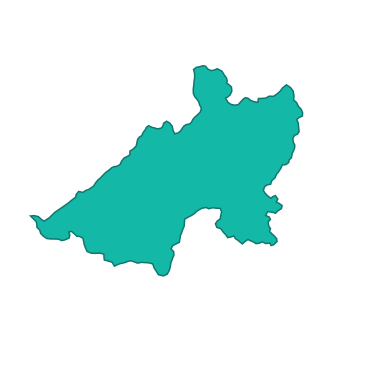 Itambé do Mato Dentro, Minas Gerais, Brazil (orthographic projection), rotated 320°
{"feature_id": "56859067B50923424143790", "entity_name": "Itambé do Mato Dentro", "entity_type": "district", "adm_level": 2, "iso_a3": "BRA", "parent_name": "Brazil", "parent_adm1": "Minas Gerais", "projection": "orthographic", "projection_center": [-43.352, -19.41], "detail": "fine", "context": "isolated", "style": "filled", "palette": "teal", "viewbox_px": 384, "rotation_deg": 320, "n_neighbors": 0, "source": "geoboundaries", "source_scale": "gbopen_adm2", "svg_char_len": 3629}
<svg xmlns="http://www.w3.org/2000/svg" viewBox="0 0 384 384"><g transform="rotate(320 192 192)"><path d="M325.4,204.8L327.8,202.2L328.8,198.8L328.6,194.9L329.6,190.6L329.0,186.8L331.8,184.1L334.4,179.7L334.6,175.3L333.2,170.6L328.2,170.5L323.8,171.5L319.9,171.5L315.9,171.1L312.7,168.2L308.9,167.5L306.2,165.6L303.0,163.1L300.0,165.6L297.4,162.5L295.9,159.7L295.2,156.3L293.5,154.0L290.5,153.8L287.4,154.2L283.5,154.8L280.5,152.9L278.2,150.0L277.2,146.5L278.1,141.5L280.7,142.2L283.7,142.1L287.4,140.3L289.7,136.9L289.3,133.7L288.6,130.9L290.6,129.3L291.7,126.6L291.9,123.2L292.6,118.7L290.6,113.8L287.1,112.8L284.6,111.2L283.1,107.9L283.3,104.5L281.8,102.4L278.9,101.2L275.7,99.4L272.0,99.1L270.3,102.6L268.1,105.5L265.1,108.2L262.3,111.0L258.9,114.2L256.3,117.5L255.4,120.7L255.4,124.5L255.1,127.3L253.9,129.9L252.9,134.0L249.6,136.1L245.5,136.4L241.9,136.5L239.1,137.0L236.4,138.3L233.7,138.3L230.9,136.6L228.1,136.3L225.4,137.0L222.3,137.9L219.3,137.8L216.2,136.3L217.0,132.9L219.1,128.9L219.2,124.7L218.0,121.4L214.4,121.1L212.2,122.8L209.4,123.3L206.1,121.4L204.4,118.7L202.8,116.6L201.4,113.3L198.4,113.2L196.1,114.3L192.8,115.0L189.8,116.5L187.1,116.1L184.4,116.6L181.5,118.8L178.8,120.9L174.0,121.3L170.8,120.7L168.3,123.6L165.4,123.2L162.0,122.3L158.1,123.0L154.5,124.7L150.9,124.0L148.5,122.4L146.1,121.8L143.5,121.9L140.6,121.7L137.9,121.6L134.6,121.9L131.3,122.3L128.0,122.3L124.1,123.0L120.5,124.2L117.1,123.9L114.2,123.6L111.9,122.6L108.2,122.2L105.5,118.7L101.5,119.5L99.6,121.3L97.0,121.0L93.2,120.9L90.2,121.0L87.3,120.7L82.9,120.3L78.5,119.9L74.3,119.4L69.9,119.7L66.3,120.0L63.7,119.7L60.0,119.3L59.0,116.3L58.5,112.1L55.8,108.5L52.9,106.6L53.3,111.1L53.6,114.6L52.4,116.9L50.5,119.5L50.9,123.1L49.4,126.5L49.8,130.6L51.0,134.5L54.0,137.5L57.0,140.1L59.5,142.4L60.9,145.4L63.2,146.7L65.6,147.5L68.2,148.3L70.7,146.5L71.9,143.4L74.4,144.8L75.0,148.3L75.3,151.8L77.6,154.2L78.7,157.5L77.1,160.4L75.5,163.3L74.4,166.6L73.4,170.2L75.5,174.1L78.4,176.8L81.2,178.8L83.1,180.7L84.4,183.2L82.8,185.2L81.1,187.8L83.2,190.6L85.7,194.6L84.9,198.9L88.8,199.9L91.7,201.1L95.1,202.9L99.4,204.3L101.7,206.3L103.0,208.8L104.6,211.5L108.0,213.4L111.0,216.2L113.7,218.9L115.7,221.8L114.1,226.1L113.7,230.0L113.1,233.8L116.2,237.9L120.2,239.0L124.3,237.4L127.2,235.4L130.0,232.9L134.3,230.4L137.6,228.7L139.6,226.0L139.4,222.1L142.8,220.7L146.3,221.5L149.9,222.4L152.8,220.0L155.0,218.0L157.6,216.7L160.9,214.7L163.8,213.3L166.3,210.8L168.9,208.1L172.8,208.8L176.7,209.7L180.0,210.1L182.6,209.8L185.5,210.1L189.1,210.8L192.8,212.9L194.2,215.7L197.6,217.3L200.4,220.2L203.0,222.6L202.1,226.0L198.8,228.6L196.1,230.8L193.0,230.4L189.5,231.4L188.3,235.1L190.5,238.7L190.1,243.0L190.4,246.4L190.0,249.9L193.1,251.6L195.8,252.6L195.3,255.7L196.1,258.3L196.7,261.6L197.2,264.2L200.2,264.0L204.3,264.3L205.6,267.3L207.1,270.1L207.8,272.7L210.5,274.4L213.8,275.4L215.4,278.9L218.8,281.2L218.1,283.8L220.8,284.9L225.3,284.6L226.8,282.2L226.8,278.9L226.4,275.9L226.1,271.9L228.6,270.5L229.0,267.2L231.0,263.9L234.4,263.5L235.1,260.8L233.3,257.3L237.3,255.7L240.4,259.0L242.3,261.9L245.9,261.6L249.8,262.2L252.3,260.3L251.4,256.7L250.0,253.9L253.2,252.6L253.6,248.3L251.0,247.5L248.4,247.5L247.5,243.7L247.2,239.8L247.7,236.6L251.3,234.5L254.5,235.0L257.2,236.6L260.4,234.6L264.8,234.5L268.2,232.7L270.9,232.3L273.3,231.6L275.7,230.8L278.5,229.3L281.5,231.3L285.0,231.6L287.1,229.8L290.2,229.7L293.3,227.0L296.3,225.7L299.0,224.1L300.9,222.1L301.6,219.1L303.7,215.8L306.9,214.5L310.0,215.5L313.0,214.5L314.4,212.2L316.2,209.7L317.9,206.9L318.8,203.8L322.3,203.8L325.4,204.8Z" fill="#14b8a6" stroke="#0f766e" stroke-width="1.5"/></g></svg>